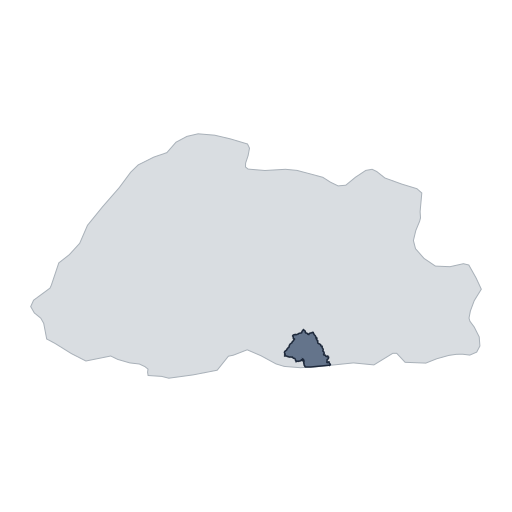 Pangkhar, Shemgang, Bhutan (highlighted)
{"feature_id": "84629894B98879002213822", "entity_name": "Pangkhar", "entity_type": "district", "adm_level": 2, "iso_a3": "BTN", "parent_name": "Bhutan", "parent_adm1": "Shemgang", "projection": "mercator", "projection_center": [90.778, 26.9], "detail": "fine", "context": "in_parent", "style": "filled", "palette": "slate", "viewbox_px": 512, "rotation_deg": 0, "n_neighbors": 0, "source": "geoboundaries", "source_scale": "gbopen_adm2", "svg_char_len": 6155}
<svg xmlns="http://www.w3.org/2000/svg" viewBox="0 0 512 512"><path d="M420.5,217.9L419.6,221.3L415.8,230.5L413.4,240.5L415.5,248.7L424.0,258.4L435.4,266.1L450.0,266.7L463.4,263.7L468.8,265.0L476.1,278.0L481.3,289.2L474.2,300.7L470.4,310.9L469.0,318.1L469.9,321.2L474.2,327.0L479.2,336.9L479.9,346.0L476.7,352.1L469.8,355.1L462.5,354.2L456.4,354.3L448.8,355.4L436.9,358.7L425.8,363.1L405.1,362.3L396.7,353.3L392.8,353.3L373.9,364.9L353.4,362.9L315.9,366.8L300.3,367.7L284.2,366.4L276.0,363.9L260.9,355.7L247.2,349.8L233.3,355.2L228.4,356.2L217.2,370.2L193.0,374.9L168.8,378.2L161.7,376.4L148.1,375.5L147.6,372.3L148.0,369.1L144.9,366.6L139.3,364.0L129.8,362.9L117.7,359.4L110.7,356.0L85.9,361.0L71.4,353.6L55.0,343.4L46.7,339.0L43.7,323.3L40.8,318.2L34.3,312.9L30.7,306.6L33.6,300.2L50.0,288.1L51.3,285.3L58.8,262.9L69.3,254.7L79.7,243.3L87.5,225.3L102.6,206.7L119.2,187.7L130.7,172.2L138.2,164.9L153.8,157.1L166.9,152.6L176.0,142.2L186.9,136.4L198.1,133.8L214.7,135.2L230.4,138.9L247.5,144.0L249.5,148.2L248.1,155.6L245.6,163.1L245.5,167.0L248.1,169.1L264.9,170.5L285.5,169.3L297.0,170.4L322.8,177.3L330.3,182.1L338.1,185.9L345.8,185.2L355.5,177.2L365.8,170.4L372.1,169.3L376.7,171.5L384.9,178.0L401.8,184.1L416.9,188.7L421.8,193.0L420.1,211.7L420.5,217.9Z" fill="#d9dde1" stroke="#a8b0b8" stroke-width="1"/><path d="M313.3,332.5L313.2,332.4L312.9,332.5L312.6,332.4L312.4,332.3L312.1,332.5L311.5,332.9L311.4,332.9L310.9,333.0L310.4,333.0L310.2,333.2L309.5,333.3L309.1,333.8L308.9,334.2L308.8,334.4L308.8,334.5L308.7,334.5L308.2,334.4L308.0,334.2L307.8,334.2L307.7,333.8L307.5,333.7L307.4,333.5L307.1,333.3L306.7,333.2L306.1,332.9L305.8,332.9L305.7,332.9L305.6,332.7L305.3,332.4L305.3,332.2L305.4,331.9L305.3,331.4L305.2,331.3L305.1,331.0L304.9,330.8L304.8,330.7L304.3,330.5L304.2,330.3L304.0,330.0L303.8,329.9L303.6,329.8L303.4,329.6L303.2,329.8L303.1,330.0L302.9,330.3L302.7,330.7L302.2,331.1L301.9,331.7L301.9,332.1L301.6,332.6L301.6,332.8L301.3,332.9L300.8,333.0L300.1,333.2L299.5,333.2L299.2,333.3L298.9,333.4L298.6,333.6L298.4,333.8L298.3,334.0L298.0,334.1L297.7,334.1L296.9,334.5L296.7,334.6L295.8,334.7L295.7,334.5L295.1,334.4L294.9,334.5L294.7,334.6L294.6,334.8L294.1,334.8L293.9,334.8L293.3,335.0L293.1,335.3L292.9,335.5L292.6,335.9L292.6,336.0L292.9,336.2L293.0,336.4L293.2,336.8L293.3,336.9L293.2,337.7L293.3,337.9L293.3,338.2L293.4,338.3L293.4,338.5L293.7,338.6L294.1,338.7L294.2,338.8L294.3,338.9L294.5,339.0L294.5,339.3L294.4,339.4L294.0,339.8L293.7,340.0L293.5,340.6L293.4,340.8L293.3,341.0L292.8,341.2L292.4,341.6L292.3,341.8L292.0,342.3L292.0,342.7L291.9,342.8L291.7,342.9L291.6,343.0L290.2,344.0L289.9,344.4L289.8,344.8L289.7,344.9L289.6,345.0L289.4,345.2L289.3,345.4L289.2,346.4L289.1,346.6L289.1,346.9L289.1,347.0L288.8,347.2L288.4,347.4L288.1,347.8L287.9,348.0L287.7,348.3L287.4,348.7L287.3,348.8L287.0,349.0L286.9,349.1L286.8,349.5L286.8,349.8L286.6,350.0L286.4,350.2L286.3,350.3L285.9,350.5L285.7,350.8L285.2,351.0L285.2,351.3L284.9,351.5L284.7,351.6L284.4,352.3L284.4,352.5L284.5,352.7L284.6,352.9L284.6,353.1L284.7,353.4L284.7,353.5L284.9,353.8L285.0,353.9L284.9,354.0L284.8,354.3L284.7,354.4L284.8,354.6L285.1,354.7L285.1,354.8L285.0,355.2L284.9,355.5L284.8,355.8L284.6,355.9L284.6,356.0L284.9,356.1L285.1,356.0L285.2,355.9L285.6,355.9L286.3,356.1L286.5,356.0L287.0,356.2L287.1,356.3L287.4,356.6L287.7,356.6L287.9,356.5L288.4,356.6L288.5,356.7L288.8,357.0L289.1,357.0L289.3,357.1L289.6,357.1L290.0,356.9L290.6,357.0L290.8,357.1L291.3,357.1L291.6,357.1L291.8,357.1L292.3,357.0L292.5,357.1L292.7,357.6L292.9,357.8L293.0,357.8L293.6,358.3L294.1,358.3L294.4,358.4L294.7,358.4L294.8,358.5L295.0,358.8L295.2,359.2L295.5,359.8L295.5,360.1L295.5,360.4L295.5,360.5L295.7,360.9L296.0,360.9L296.0,361.0L296.3,361.3L296.3,361.6L296.5,361.5L297.1,361.3L297.4,361.2L297.9,361.1L298.0,361.1L298.1,361.3L298.3,361.4L298.7,361.2L298.8,361.2L299.0,361.1L299.4,361.1L299.6,361.1L299.9,360.9L300.1,360.9L300.5,360.9L300.9,360.6L301.0,360.4L301.1,360.2L301.3,360.0L301.3,359.9L301.4,359.7L301.5,359.7L301.8,359.7L301.8,359.9L301.9,360.0L302.0,360.5L302.3,360.6L302.5,360.7L302.5,360.4L302.8,360.2L303.1,359.8L303.2,359.7L303.2,359.4L303.1,359.2L303.3,359.3L303.5,359.5L303.5,359.8L303.7,360.1L303.8,360.6L304.0,360.8L304.0,361.0L304.0,361.5L304.0,362.0L303.8,362.2L303.7,362.4L303.7,362.9L303.7,363.0L303.9,363.3L303.9,363.5L304.1,363.7L304.1,363.8L304.1,364.1L304.1,364.3L304.1,364.5L304.0,364.8L304.1,365.0L304.4,365.5L304.5,365.6L304.6,365.8L304.9,366.0L304.9,366.3L304.9,366.5L305.0,366.6L305.3,367.0L310.6,367.0L329.5,365.2L329.6,365.4L329.9,365.2L330.2,364.9L330.4,364.6L330.4,364.4L330.2,364.1L329.8,363.7L329.4,363.3L329.1,362.8L329.1,362.7L329.1,362.1L329.0,361.8L328.9,361.8L328.7,361.8L328.4,362.0L328.0,362.3L327.9,362.3L327.6,362.5L327.2,362.7L326.8,362.3L326.8,362.2L326.8,361.9L326.9,361.7L327.0,361.4L327.1,361.0L327.1,360.6L327.0,360.4L327.0,360.1L327.1,359.8L327.1,359.6L327.3,359.4L327.9,359.1L328.0,359.0L328.2,358.8L328.4,358.4L328.5,358.1L328.6,357.8L328.6,357.7L328.6,357.2L328.2,357.1L327.8,356.9L327.8,356.7L328.0,356.4L328.0,356.2L327.9,356.1L327.7,356.0L327.3,356.2L327.1,356.3L326.9,356.5L326.7,356.5L326.0,356.4L325.8,356.2L325.7,355.6L325.5,355.3L325.4,355.2L324.4,355.2L324.2,355.2L323.9,355.0L323.7,354.7L323.6,354.4L323.6,354.1L323.8,353.9L324.1,353.9L324.2,353.5L324.1,353.3L324.1,352.9L324.1,352.7L324.0,352.1L323.4,351.6L323.2,351.4L322.9,351.2L322.8,350.9L322.9,350.7L323.1,350.3L323.2,349.9L323.2,349.5L323.0,348.8L322.8,348.5L322.3,347.9L322.2,347.8L322.1,347.3L322.2,346.5L322.1,346.2L321.8,346.1L321.6,346.1L321.4,346.1L321.2,346.0L321.0,345.8L320.7,345.7L320.7,345.4L320.7,344.8L320.6,344.6L320.3,344.4L319.8,344.2L319.5,343.9L318.7,343.7L318.4,343.5L318.2,343.3L317.9,343.2L317.7,342.7L317.8,342.1L317.8,341.9L317.6,341.4L317.5,341.2L317.8,340.9L317.3,340.3L316.6,339.7L316.5,339.3L316.5,339.2L316.8,338.9L316.9,338.7L316.9,338.3L316.9,338.1L316.8,337.9L316.6,337.8L316.4,337.9L316.2,338.1L315.9,338.0L315.9,337.8L315.8,336.7L315.6,336.3L315.0,335.4L314.5,335.0L314.2,334.7L313.9,334.0L313.8,333.8L313.7,333.5L313.3,333.2L313.3,332.7L313.3,332.5Z" fill="#64748b" stroke="#1e293b" stroke-width="1.5"/></svg>